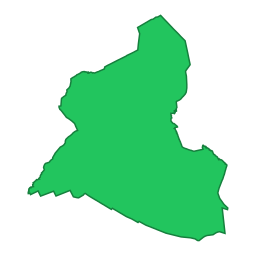 the district of Varadia, Caras-Severin, Romania
{"feature_id": "2599482B29899097126407", "entity_name": "Varadia", "entity_type": "district", "adm_level": 2, "iso_a3": "ROU", "parent_name": "Romania", "parent_adm1": "Caras-Severin", "projection": "natural_earth1", "projection_center": [21.546, 45.093], "detail": "fine", "context": "isolated", "style": "filled", "palette": "green", "viewbox_px": 256, "rotation_deg": 0, "n_neighbors": 0, "source": "geoboundaries", "source_scale": "gbopen_adm2", "svg_char_len": 5563}
<svg xmlns="http://www.w3.org/2000/svg" viewBox="0 0 256 256"><path d="M225.0,233.4L222.2,208.0L227.5,209.6L227.6,209.0L227.8,208.0L224.0,204.4L219.7,198.4L217.8,193.0L218.4,190.5L219.1,188.0L222.3,179.8L222.7,179.2L223.3,177.3L223.9,175.3L224.3,174.7L224.4,173.8L224.7,173.1L224.9,172.0L225.9,168.7L226.0,168.1L226.7,166.2L226.9,165.1L226.4,164.3L225.9,164.3L225.5,164.3L225.3,164.2L225.2,164.0L225.2,163.2L224.6,162.9L224.3,162.4L223.8,162.2L223.7,162.0L223.4,161.7L223.2,161.4L221.8,160.1L221.2,159.8L220.4,159.8L219.8,159.3L219.5,159.4L218.9,159.8L218.6,159.6L219.0,158.9L218.9,158.6L218.3,158.6L218.1,158.4L217.6,157.9L217.5,157.3L217.3,157.0L217.0,156.7L216.3,156.2L215.4,155.8L214.9,154.9L214.6,154.6L214.3,154.5L214.0,154.5L213.6,154.3L213.5,154.1L213.4,153.9L213.3,153.5L213.2,153.1L212.7,152.4L212.5,152.0L212.6,151.5L212.3,151.0L211.5,150.7L211.3,150.8L211.0,150.9L210.6,150.6L210.4,150.3L210.4,150.1L209.7,150.2L209.3,150.0L209.2,149.8L209.3,149.4L209.2,149.2L208.7,148.6L207.9,148.3L207.6,148.0L207.4,147.9L206.2,147.9L206.2,147.7L206.5,147.4L206.4,147.2L206.0,146.9L205.8,146.9L205.6,147.1L205.3,146.7L205.5,146.4L204.9,146.2L204.0,146.3L203.9,146.1L203.6,145.5L203.3,145.3L203.1,145.2L202.7,145.7L202.6,146.3L202.4,147.1L202.4,147.7L202.7,148.2L203.0,149.2L202.2,149.5L199.3,150.1L193.9,151.3L193.6,151.2L192.5,150.9L191.0,150.3L190.4,150.3L189.6,150.0L187.8,149.4L187.4,149.2L186.4,148.8L185.8,148.6L185.4,148.6L185.1,148.4L183.8,147.9L182.9,147.4L182.5,147.1L182.0,146.6L181.9,146.2L181.7,145.8L181.5,144.9L180.6,142.8L180.5,142.2L179.9,141.0L179.8,140.7L179.7,140.4L179.4,139.9L179.3,139.4L179.1,139.4L178.9,139.0L178.8,138.3L177.6,134.9L177.6,134.5L177.3,134.0L176.9,133.7L177.0,133.3L176.7,133.3L176.6,133.2L176.5,132.3L176.6,132.0L176.2,131.6L176.3,131.4L175.3,129.5L175.1,128.9L175.1,128.5L174.4,128.4L174.8,127.9L175.4,127.4L177.3,127.1L177.5,127.0L177.4,126.6L177.3,126.4L176.3,125.4L175.4,124.9L175.1,124.4L174.4,123.9L174.1,123.6L173.2,123.5L172.9,123.3L171.0,121.1L171.0,120.9L171.0,118.4L171.3,118.1L171.8,117.9L171.7,117.5L171.4,117.2L171.2,116.3L171.5,116.0L171.5,115.8L171.4,115.7L171.1,115.5L171.1,114.9L170.9,114.5L170.9,114.2L171.0,113.9L171.0,113.3L171.5,113.4L172.0,113.4L172.6,113.3L173.4,113.0L173.6,113.1L174.2,113.7L174.3,113.7L174.5,113.6L175.2,112.3L175.2,112.2L175.0,111.9L174.4,111.4L174.2,111.1L174.2,110.9L174.3,110.7L174.6,110.7L175.1,111.2L175.3,111.2L175.8,111.2L176.3,111.2L176.5,111.0L176.4,110.7L176.1,110.4L175.7,110.1L175.6,109.9L175.7,109.7L176.3,109.6L176.3,109.4L176.2,109.3L176.2,108.9L176.4,108.4L176.9,107.5L176.3,102.3L176.3,101.9L176.4,101.6L176.7,101.3L179.1,100.2L180.6,99.2L180.9,98.9L182.5,97.0L183.3,96.3L185.2,94.1L186.2,92.2L186.8,88.0L186.8,84.6L186.4,76.1L185.7,72.8L185.6,71.0L190.0,64.9L190.1,64.5L188.6,57.4L187.8,53.4L185.1,40.8L180.6,36.3L178.6,34.1L173.7,29.2L160.6,15.4L157.7,17.0L155.8,17.2L153.1,19.2L151.3,19.5L137.6,27.5L139.7,33.7L139.6,34.3L138.4,43.6L137.8,50.0L131.9,53.1L126.8,55.5L126.1,56.1L117.2,60.5L110.2,64.1L107.5,65.4L104.7,67.0L104.6,68.0L104.3,68.5L104.3,69.0L100.0,70.8L98.5,71.6L97.3,71.9L94.5,73.1L93.8,72.8L93.3,72.8L92.5,73.0L91.8,72.4L90.8,72.2L89.8,72.5L88.8,73.2L88.1,73.2L88.4,72.5L88.3,72.1L87.8,72.2L86.9,72.1L86.5,72.2L86.1,71.9L85.3,71.9L84.7,71.6L84.4,71.8L83.9,71.6L83.4,71.6L82.5,71.8L82.3,71.9L81.8,72.0L81.1,72.3L80.6,73.0L80.1,73.1L79.4,73.7L78.5,74.0L78.0,74.4L77.1,74.6L76.5,75.1L76.2,75.6L75.0,76.2L73.9,77.0L73.3,77.2L71.6,78.3L70.9,78.8L70.9,79.7L71.0,81.5L70.1,86.1L69.0,87.9L67.5,89.3L66.8,90.0L67.0,90.9L67.0,91.8L66.3,93.0L65.9,94.5L65.8,95.3L63.9,96.5L61.6,98.3L61.4,99.4L61.3,100.5L61.2,102.2L61.1,103.3L60.9,105.9L60.1,106.1L59.0,106.2L59.1,107.5L59.9,109.4L60.1,109.6L60.4,109.7L60.6,109.9L61.2,110.6L62.3,111.9L62.6,112.4L65.0,115.4L66.2,117.1L66.8,117.6L67.9,118.2L69.7,119.4L71.7,120.9L74.5,123.4L75.1,124.6L75.7,126.3L76.4,127.7L77.6,130.5L76.2,130.9L75.3,131.3L73.2,132.8L71.7,134.5L70.9,135.1L70.1,135.8L68.5,136.8L68.0,137.3L66.4,138.8L65.9,139.4L65.4,140.7L65.3,141.2L65.3,142.0L65.3,142.7L64.8,143.5L64.0,144.7L62.7,145.8L60.3,147.1L55.0,153.4L54.9,153.9L54.8,154.2L54.6,154.3L52.7,157.6L52.7,157.8L52.8,158.1L52.7,158.8L52.5,159.1L51.7,159.5L50.9,160.2L50.5,160.5L50.1,161.0L49.6,161.8L49.1,162.3L48.9,162.4L48.5,162.5L48.0,162.6L47.4,162.9L46.0,163.2L45.4,163.6L45.0,164.0L44.6,164.6L44.2,165.4L43.6,167.4L43.6,167.6L44.3,169.6L44.1,170.0L43.7,170.7L43.3,171.0L42.3,172.2L41.9,172.8L41.5,172.9L41.4,173.2L41.6,173.5L41.6,174.0L41.5,174.3L41.2,174.5L40.7,174.9L40.3,175.9L40.3,177.0L40.2,177.2L39.7,177.5L38.9,178.4L39.4,179.0L38.3,179.3L37.3,179.8L36.6,179.6L36.3,179.9L35.6,180.9L35.2,181.1L34.8,181.4L34.5,181.9L33.1,182.7L33.1,182.8L33.5,183.5L33.5,183.9L33.2,184.4L32.9,184.4L32.7,184.5L32.8,185.7L33.4,186.6L31.6,187.0L31.3,187.1L31.2,187.4L30.9,187.1L30.7,187.1L30.4,187.3L30.3,187.6L29.9,187.7L29.7,187.9L29.8,188.1L29.5,188.6L29.3,188.8L29.0,188.8L28.9,188.9L29.0,189.3L28.7,189.9L28.7,190.1L28.8,190.2L28.7,190.6L29.1,191.1L28.6,191.6L28.2,192.1L28.4,192.5L28.3,192.8L28.3,193.0L28.2,193.2L28.3,193.6L29.8,193.1L30.5,194.6L38.1,191.0L40.6,196.1L53.6,191.2L56.0,196.0L70.1,190.4L73.4,196.8L77.1,197.7L78.7,197.8L83.4,195.0L84.0,194.1L85.2,193.4L88.9,195.9L91.0,197.2L111.4,209.4L112.4,208.3L126.4,216.6L131.9,219.0L138.0,222.5L139.1,221.4L146.0,225.2L164.9,232.7L165.8,233.1L181.1,236.9L190.5,237.8L195.2,238.9L196.9,240.1L197.6,240.5L198.1,240.6L199.1,240.6L203.4,237.2L205.1,236.2L207.0,235.5L213.1,234.7L215.8,232.9L217.6,232.1L219.6,231.7L225.0,233.4Z" fill="#22c55e" stroke="#15803d" stroke-width="1.5"/></svg>